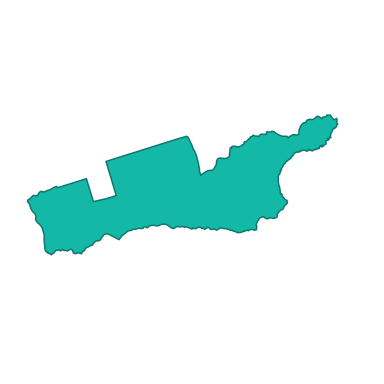 Cerejeiras, Rondônia, Brazil (Robinson projection), rotated 163°
{"feature_id": "56859067B66697352879536", "entity_name": "Cerejeiras", "entity_type": "district", "adm_level": 2, "iso_a3": "BRA", "parent_name": "Brazil", "parent_adm1": "Rondônia", "projection": "robinson", "projection_center": [-61.397, -13.184], "detail": "fine", "context": "isolated", "style": "filled", "palette": "teal", "viewbox_px": 384, "rotation_deg": 163, "n_neighbors": 0, "source": "geoboundaries", "source_scale": "gbopen_adm2", "svg_char_len": 6033}
<svg xmlns="http://www.w3.org/2000/svg" viewBox="0 0 384 384"><g transform="rotate(163 192 192)"><path d="M344.8,173.1L343.4,173.8L341.6,174.3L339.5,175.8L337.9,175.7L336.7,175.8L334.8,174.1L332.8,175.1L331.7,173.5L329.8,173.1L328.4,172.0L326.7,172.5L324.8,172.6L323.8,172.1L323.1,169.8L323.4,168.5L321.4,167.0L320.0,167.3L318.8,167.0L317.6,166.9L316.8,165.8L315.7,165.3L314.3,166.8L312.4,167.3L310.5,168.9L309.5,169.5L308.3,169.9L306.6,169.8L305.4,170.3L304.3,170.4L302.9,170.2L301.6,171.5L299.6,172.7L297.5,173.2L295.7,172.6L293.9,172.9L292.6,173.9L291.3,175.2L289.0,176.6L288.0,177.0L285.6,177.1L282.8,174.9L281.8,173.7L278.9,171.1L276.7,168.7L275.6,167.8L272.2,170.3L271.1,171.0L269.8,171.3L267.2,172.3L265.8,173.0L264.5,173.4L263.4,173.4L262.0,173.1L260.7,173.1L259.9,173.4L258.5,173.5L257.2,173.0L255.6,172.9L254.3,173.0L252.7,172.5L250.9,171.8L249.2,171.7L248.0,172.6L246.9,172.3L245.4,171.0L244.3,171.1L243.2,172.1L240.0,171.7L238.9,171.7L238.1,171.5L236.8,170.3L235.9,170.2L234.6,169.6L233.0,169.6L231.4,170.0L229.8,169.9L226.8,169.0L224.4,166.8L222.7,164.3L221.3,163.1L220.4,162.4L219.3,162.5L217.6,163.3L215.9,163.2L214.5,162.4L213.0,161.9L211.0,161.8L209.0,160.2L207.7,160.6L206.1,159.1L204.6,158.1L203.7,157.2L202.9,156.6L201.5,157.4L200.4,156.2L199.5,155.9L198.1,156.0L196.8,156.4L195.5,156.2L193.9,155.6L193.4,154.4L191.8,154.2L190.8,152.6L189.7,153.2L188.8,152.9L187.9,153.8L186.5,153.3L186.0,152.4L185.5,151.2L184.8,150.7L181.5,150.1L180.8,149.3L179.5,148.3L178.3,148.5L177.0,149.1L176.0,149.4L175.2,149.1L174.2,149.2L173.6,148.6L172.7,148.1L172.0,147.5L170.8,147.3L169.8,146.7L169.0,145.9L167.6,145.4L166.8,144.2L165.9,144.0L164.9,143.9L163.7,142.3L161.8,141.5L161.3,140.4L159.3,139.5L157.2,139.1L155.5,139.1L154.0,139.3L153.1,139.1L152.1,139.3L150.5,139.4L149.5,138.5L147.9,138.9L147.0,139.1L144.7,138.3L143.1,137.0L142.2,137.3L141.3,137.1L140.7,138.9L140.2,140.0L140.1,141.1L140.3,141.9L139.6,142.9L137.9,144.8L136.5,145.7L135.7,146.7L134.8,147.4L133.9,147.5L133.0,147.4L131.6,147.7L130.9,147.3L130.0,146.4L129.3,145.2L128.2,144.5L126.3,144.2L125.2,144.8L124.1,144.4L123.3,143.7L121.4,142.9L120.5,142.8L118.3,143.0L117.6,143.9L117.3,145.1L116.8,146.1L115.3,146.9L114.8,147.7L112.2,148.8L111.4,148.7L110.2,148.9L109.1,149.9L108.2,151.1L107.4,151.9L106.6,152.3L105.7,152.6L104.9,153.1L103.9,153.6L103.9,154.7L103.6,156.2L104.8,157.2L105.3,157.9L105.8,159.4L106.4,160.5L106.9,161.5L107.1,162.4L106.5,163.3L107.1,164.1L108.0,164.3L107.5,166.4L107.1,167.4L107.3,168.8L107.0,170.1L106.7,171.2L107.0,172.7L106.8,173.8L106.6,175.8L106.4,176.9L105.7,179.2L105.2,180.4L105.0,182.0L104.3,182.7L103.1,183.4L101.4,185.8L100.5,186.4L100.1,187.6L98.8,188.9L98.2,189.4L96.9,190.8L96.1,191.6L94.5,192.3L93.7,193.1L92.9,193.6L91.5,194.0L90.3,194.5L89.0,194.9L87.9,195.1L86.9,196.2L86.1,196.8L85.1,197.2L84.0,197.9L83.0,198.9L82.1,199.3L81.0,199.6L79.8,199.5L78.7,199.0L77.8,199.0L77.1,199.4L76.1,199.0L75.1,199.9L74.1,199.5L72.6,199.4L71.5,198.6L70.3,197.4L69.2,197.7L68.3,198.5L67.8,197.7L67.0,197.9L65.8,196.7L64.8,196.1L63.9,196.6L62.5,196.7L61.1,196.3L59.7,196.5L58.5,196.7L57.7,196.5L57.9,197.4L56.9,197.4L56.1,198.5L54.5,197.2L53.7,197.3L54.2,198.4L52.4,198.0L51.0,198.4L50.0,198.7L49.3,199.5L49.7,200.3L49.3,201.3L48.1,201.8L46.9,201.8L47.2,203.2L46.3,203.4L45.7,202.4L44.2,203.6L43.3,203.8L43.7,204.6L42.9,205.3L42.6,206.6L42.0,207.5L40.7,208.5L39.7,209.8L39.2,210.6L38.4,211.0L37.5,211.7L36.9,211.1L36.2,211.7L35.2,212.0L34.4,212.7L33.7,214.0L32.9,214.2L33.3,215.4L33.2,216.7L32.1,218.6L32.3,220.0L33.4,219.6L35.0,219.7L35.7,220.8L36.3,222.1L36.9,223.4L37.2,225.1L38.9,225.4L40.2,226.1L41.5,225.2L42.7,225.0L43.8,225.1L44.9,225.4L46.3,224.2L47.2,225.3L48.4,226.6L50.0,227.8L51.0,227.6L51.9,227.0L53.4,226.3L54.7,226.1L55.9,226.1L56.7,226.2L57.5,227.0L58.8,227.0L60.7,227.2L62.1,226.2L63.0,225.2L65.1,225.5L66.7,224.9L67.3,224.1L68.3,223.7L69.4,222.8L69.9,221.8L71.5,220.1L72.3,217.3L73.1,215.9L74.2,216.0L75.1,215.7L76.6,216.6L78.1,217.0L78.9,217.3L79.8,217.1L80.7,216.7L82.0,216.7L82.8,216.4L83.8,215.6L85.1,217.6L86.3,218.0L88.1,218.5L89.1,218.8L91.1,220.3L92.7,221.6L93.5,222.5L94.3,223.3L95.0,224.2L95.9,225.8L96.8,225.8L97.2,226.5L98.0,226.8L99.2,226.4L100.2,226.7L101.1,226.8L102.1,227.5L103.3,227.5L103.5,226.6L104.0,225.5L105.9,225.9L107.0,226.6L109.1,227.0L110.2,226.8L111.4,226.0L112.1,225.5L113.2,226.4L114.8,226.7L116.0,227.8L117.1,228.4L118.2,227.6L119.0,227.4L119.8,227.7L120.9,226.5L122.1,226.2L123.1,225.5L123.8,225.2L125.8,224.2L126.8,224.7L127.7,224.3L128.1,223.2L128.8,222.3L130.0,222.4L131.1,221.8L131.9,221.8L132.9,221.6L134.1,221.6L135.3,221.7L136.4,222.6L137.7,223.1L138.8,223.7L140.1,223.9L141.1,223.5L141.5,222.5L142.6,222.9L143.3,221.4L143.6,220.3L144.7,218.2L145.2,217.0L145.2,216.0L146.2,214.9L147.3,214.5L148.6,214.2L149.7,214.3L151.0,214.5L153.6,215.5L154.4,216.0L155.2,216.2L156.0,216.4L157.0,216.4L158.2,215.8L159.2,214.7L160.1,212.7L161.1,210.8L161.6,210.1L162.6,209.4L163.4,208.7L164.2,207.8L165.1,207.2L166.2,206.8L167.9,207.3L168.8,207.5L170.3,207.7L173.2,207.3L175.2,206.5L176.9,206.2L178.0,205.7L178.8,205.6L178.7,207.3L178.9,208.7L178.0,212.5L177.9,215.0L177.5,217.3L177.2,224.1L177.2,226.2L177.4,228.6L177.5,229.9L178.1,232.5L178.3,234.0L178.5,237.6L179.1,241.0L179.3,242.7L179.5,244.2L179.9,245.6L180.7,246.8L189.5,247.0L263.7,246.4L265.3,246.3L265.5,210.7L275.7,210.7L289.1,211.6L289.1,235.6L319.2,235.4L319.7,236.8L321.4,236.9L324.4,236.4L325.6,236.1L327.0,235.5L328.9,235.8L330.3,235.7L331.3,235.5L332.4,235.3L334.3,235.6L335.0,236.0L335.9,236.8L337.5,236.5L339.0,235.5L339.9,234.5L340.9,234.0L342.3,233.9L343.6,234.7L344.8,235.2L346.1,234.4L347.1,234.0L347.9,233.3L349.1,232.9L351.4,232.3L351.9,231.3L351.8,230.1L350.9,227.5L350.9,222.9L350.7,221.9L350.4,220.9L349.6,218.8L348.3,216.2L348.3,214.6L349.5,211.7L349.5,210.2L349.1,208.9L348.4,207.3L347.2,205.5L346.0,202.5L345.8,201.3L345.9,193.9L346.2,192.7L346.7,191.9L347.2,190.5L349.1,181.4L349.4,179.6L349.4,178.7L348.2,176.5L347.2,175.4L345.5,174.0L344.8,173.1Z" fill="#14b8a6" stroke="#0f766e" stroke-width="1.5"/></g></svg>